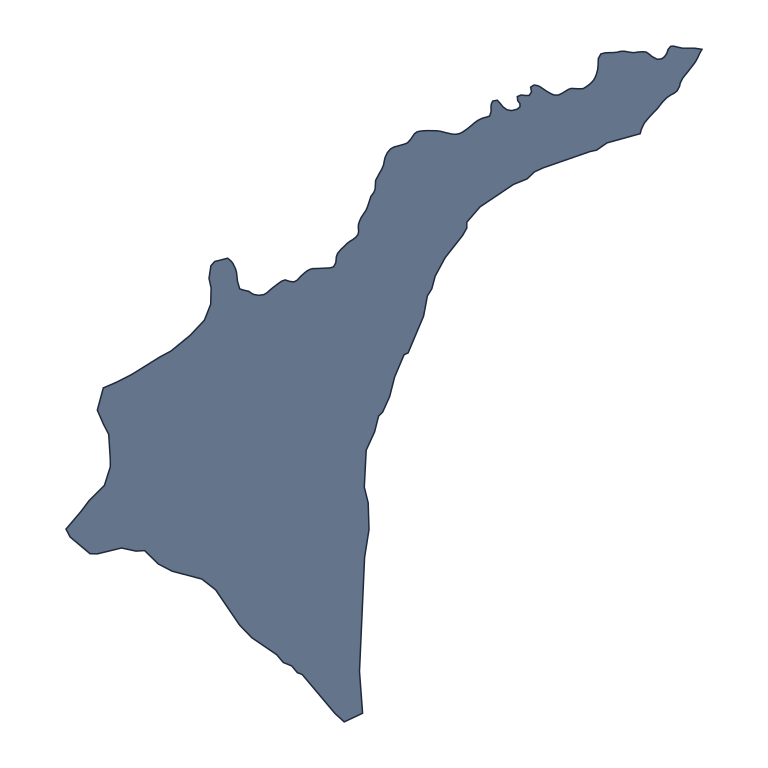 Chimaltenango, Chimaltenango, Guatemala
{"feature_id": "79465075B80074787415799", "entity_name": "Chimaltenango", "entity_type": "district", "adm_level": 2, "iso_a3": "GTM", "parent_name": "Guatemala", "parent_adm1": "Chimaltenango", "projection": "mercator", "projection_center": [-90.802, 14.686], "detail": "fine", "context": "isolated", "style": "filled", "palette": "slate", "viewbox_px": 768, "rotation_deg": 0, "n_neighbors": 0, "source": "geoboundaries", "source_scale": "gbopen_adm2", "svg_char_len": 3124}
<svg xmlns="http://www.w3.org/2000/svg" viewBox="0 0 768 768"><path d="M702.0,49.3L694.8,48.2L687.2,48.2L682.5,48.2L678.4,47.3L673.5,46.1L670.7,46.3L668.1,49.4L666.7,53.5L664.6,56.6L661.7,58.8L657.2,59.3L651.8,56.4L649.3,54.2L646.3,52.1L643.3,51.7L638.2,52.0L633.6,52.7L628.5,52.0L624.2,51.2L620.1,51.4L617.5,52.2L612.9,52.6L609.6,52.6L604.8,52.9L600.8,54.0L598.3,58.6L598.1,65.0L597.7,69.3L596.6,73.7L595.1,77.5L593.5,80.3L591.6,82.4L589.1,84.7L586.0,86.9L583.2,88.6L579.5,88.8L575.0,88.6L571.2,88.4L568.4,89.4L564.8,91.6L562.1,93.3L558.1,95.1L554.0,95.0L551.2,93.8L546.6,91.2L541.9,88.0L539.7,86.5L537.1,85.5L534.0,85.0L530.6,87.2L531.5,91.7L529.3,95.4L525.6,95.5L521.0,95.0L517.3,96.6L517.7,100.7L519.9,103.5L520.0,106.8L517.2,109.2L511.7,110.6L507.1,109.8L503.1,107.0L500.2,103.4L497.3,100.2L492.7,101.1L491.3,104.1L491.0,106.8L491.1,111.3L489.7,116.0L485.9,117.3L482.6,118.1L478.0,120.3L475.0,122.4L470.5,126.2L467.2,128.9L462.2,132.3L459.7,133.5L455.9,134.3L452.1,134.1L446.0,132.7L440.6,131.3L437.0,130.8L432.5,130.7L428.1,130.6L424.8,130.7L420.5,131.1L417.3,131.7L414.6,133.6L412.9,136.0L410.6,139.4L407.4,142.9L404.4,144.1L399.2,145.6L394.0,147.0L390.6,148.9L387.5,152.4L385.3,156.9L384.6,159.5L384.0,162.4L383.5,165.1L381.4,169.9L379.8,172.5L375.6,180.4L375.3,186.1L375.1,189.2L373.9,192.3L370.9,196.4L369.6,200.4L368.7,203.2L367.4,207.0L365.9,210.5L363.9,213.4L361.1,217.6L359.5,221.2L358.5,224.2L358.3,226.9L358.6,231.7L358.0,234.5L356.0,237.1L352.6,239.7L349.6,241.5L346.9,243.6L344.4,246.2L341.1,249.2L337.7,253.2L336.4,256.5L335.8,262.7L333.6,266.8L330.0,267.9L321.7,268.3L317.4,268.5L312.6,268.6L310.1,269.3L307.2,270.8L305.0,272.5L300.7,276.3L297.3,280.1L294.0,281.9L289.7,281.4L285.2,279.9L281.7,281.1L278.6,283.3L274.2,286.6L271.7,288.6L269.3,290.6L267.1,292.7L263.9,294.6L258.6,295.3L253.5,294.4L251.0,292.9L248.6,291.2L244.6,290.4L239.7,288.9L237.5,281.2L236.5,272.3L235.5,268.8L232.9,263.4L231.0,261.0L227.6,258.2L214.7,261.5L210.9,265.8L209.0,278.4L211.1,287.8L210.7,304.2L204.4,320.2L190.2,335.3L171.0,351.0L159.8,357.0L131.5,374.6L116.3,382.3L103.3,387.9L97.3,410.1L103.4,424.1L108.7,434.3L110.3,459.5L110.3,466.9L104.4,485.4L89.2,500.5L81.1,511.3L66.0,529.1L70.1,537.0L90.0,553.7L97.3,553.9L121.5,548.0L135.9,551.1L144.6,550.6L158.3,564.0L172.1,571.2L201.9,579.1L215.6,589.8L239.5,625.0L251.9,637.8L276.7,654.7L283.3,662.5L291.7,665.9L297.4,672.7L302.1,674.4L335.0,713.5L344.2,721.9L362.6,713.2L359.5,671.4L364.6,557.3L369.0,529.6L368.2,502.9L364.3,487.1L366.2,450.2L374.6,431.9L378.6,416.1L382.7,412.0L389.7,396.5L394.6,377.1L404.1,354.7L408.1,352.9L423.6,316.1L427.4,295.9L431.8,288.8L435.2,276.1L445.2,257.6L462.6,235.5L466.8,228.1L466.8,222.2L480.0,206.9L513.5,184.4L527.1,178.9L534.4,171.9L543.3,167.8L589.9,151.6L596.7,150.1L607.0,142.9L640.2,133.7L641.2,129.8L643.0,125.7L644.6,122.7L649.2,117.2L653.8,112.3L657.1,109.0L659.7,105.6L662.3,102.3L664.6,99.9L666.8,97.7L670.7,95.0L674.2,93.2L677.1,90.9L679.6,86.2L680.2,83.1L682.7,78.2L685.1,75.1L687.2,72.6L690.2,68.7L692.5,65.8L694.2,63.6L695.8,61.2L697.8,57.5L699.5,53.7L702.0,49.3Z" fill="#64748b" stroke="#1e293b" stroke-width="1.5"/></svg>